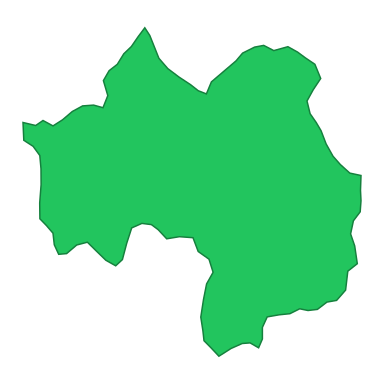 outline of Maripá de Minas, Minas Gerais, Brazil
{"feature_id": "56859067B21649458076971", "entity_name": "Maripá de Minas", "entity_type": "district", "adm_level": 2, "iso_a3": "BRA", "parent_name": "Brazil", "parent_adm1": "Minas Gerais", "projection": "equal_earth", "projection_center": [-42.96, -21.697], "detail": "fine", "context": "isolated", "style": "filled", "palette": "green", "viewbox_px": 384, "rotation_deg": 0, "n_neighbors": 0, "source": "geoboundaries", "source_scale": "gbopen_adm2", "svg_char_len": 1374}
<svg xmlns="http://www.w3.org/2000/svg" viewBox="0 0 384 384"><path d="M320.7,78.5L314.9,64.3L305.0,57.6L297.6,52.1L287.9,46.7L273.8,50.6L263.7,45.4L254.6,47.1L242.6,53.1L236.0,60.9L227.8,67.9L218.4,75.9L211.4,81.9L206.4,93.9L198.2,90.7L190.6,84.7L178.9,77.0L167.8,68.6L158.9,58.3L153.6,45.0L149.8,35.5L144.8,27.8L138.2,36.6L131.4,46.5L123.8,53.8L117.3,64.3L109.1,70.7L103.4,80.6L107.8,95.6L103.0,107.7L93.6,105.1L82.6,105.9L72.3,111.5L62.4,119.9L53.0,125.9L43.0,120.5L35.7,125.5L23.0,122.5L23.8,140.3L33.1,146.3L39.8,155.5L41.0,168.8L41.1,184.7L39.7,203.0L39.9,218.8L46.4,225.5L53.0,233.2L54.3,244.8L58.7,254.3L66.6,253.6L76.7,245.0L87.4,242.2L95.7,250.4L105.9,260.3L115.7,265.8L122.4,259.6L126.7,243.3L131.7,227.9L141.9,223.4L151.4,224.6L158.1,229.6L166.7,238.8L179.4,236.7L193.0,237.7L198.2,251.5L209.0,259.2L213.1,272.3L206.6,283.9L203.5,299.5L200.8,317.1L202.9,330.7L204.0,340.7L211.0,347.8L218.9,356.2L231.0,348.5L242.2,343.5L250.1,342.9L258.6,347.8L262.4,339.0L262.4,327.4L267.2,316.9L279.2,314.8L289.9,313.7L299.7,308.8L308.0,310.5L317.4,309.4L326.9,302.1L336.6,300.4L345.6,290.1L347.8,271.2L357.3,263.7L354.7,245.9L350.6,233.9L353.4,220.8L360.2,211.8L361.0,200.8L360.5,190.3L361.0,175.5L349.8,173.1L340.3,164.5L333.0,156.2L326.1,143.9L321.1,130.8L316.2,122.5L310.1,113.7L307.0,101.0L313.3,89.6L320.7,78.5Z" fill="#22c55e" stroke="#15803d" stroke-width="1.5"/></svg>